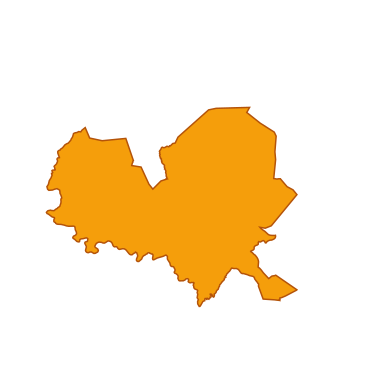 outline of San Juan Tepeuxila, Oaxaca, Mexico, rotated 27°
{"feature_id": "50627088B92335277656173", "entity_name": "San Juan Tepeuxila", "entity_type": "district", "adm_level": 2, "iso_a3": "MEX", "parent_name": "Mexico", "parent_adm1": "Oaxaca", "projection": "orthographic", "projection_center": [-96.763, 17.75], "detail": "fine", "context": "isolated", "style": "filled", "palette": "amber", "viewbox_px": 384, "rotation_deg": 27, "n_neighbors": 0, "source": "geoboundaries", "source_scale": "gbopen_adm2", "svg_char_len": 6054}
<svg xmlns="http://www.w3.org/2000/svg" viewBox="0 0 384 384"><g transform="rotate(27 192 192)"><path d="M82.1,280.7L82.5,281.1L83.2,281.3L84.1,281.2L84.8,281.8L86.3,281.9L87.9,281.3L90.3,280.2L90.6,280.2L93.3,279.5L95.5,279.2L97.7,278.5L102.1,276.1L103.2,276.1L104.1,277.0L104.9,278.3L105.8,279.2L106.9,279.9L108.1,281.6L108.1,282.5L107.6,283.7L106.5,285.1L106.4,286.5L106.8,287.1L107.5,287.3L109.2,287.5L111.8,288.3L113.3,288.1L114.2,287.5L114.2,286.6L113.7,285.7L113.9,284.9L114.6,284.0L116.1,283.1L118.5,280.9L119.1,280.7L120.5,281.0L121.2,283.5L119.6,285.0L119.5,285.7L119.9,286.5L122.5,288.4L122.9,289.3L123.6,292.3L124.2,293.0L125.2,293.5L126.2,293.5L127.4,293.0L128.2,291.9L129.6,291.1L132.4,291.3L133.6,290.6L135.2,288.3L135.2,286.8L134.1,285.7L132.6,285.4L131.2,285.3L130.3,284.8L130.0,284.3L130.0,283.2L130.1,281.2L131.3,279.4L132.0,278.8L134.4,277.9L135.6,277.9L137.0,277.4L137.8,276.5L139.2,274.0L140.1,273.4L142.2,273.1L144.0,273.8L146.0,275.6L146.9,276.0L147.7,276.1L149.5,275.0L150.5,275.2L151.5,275.9L152.9,276.2L153.5,276.0L156.0,274.0L157.5,273.4L158.0,273.4L159.6,273.6L163.8,275.5L164.8,275.8L165.6,275.8L166.3,275.6L167.2,275.0L167.8,273.4L168.9,271.9L168.8,271.5L168.9,271.2L170.4,271.3L172.3,273.1L172.7,273.8L173.0,277.0L173.6,278.2L174.5,278.6L175.4,278.5L176.2,278.0L177.6,274.6L177.4,272.6L177.8,270.7L178.5,270.0L179.6,267.9L180.1,267.5L180.1,266.8L180.5,266.1L181.4,265.6L181.8,265.5L182.0,265.7L184.2,265.6L184.7,265.3L185.0,265.3L185.6,265.6L186.3,266.7L186.9,268.9L187.8,270.0L188.7,269.8L191.1,266.5L195.4,262.5L197.3,260.1L197.8,260.0L199.3,260.5L200.4,262.7L200.9,263.2L204.5,265.3L206.0,267.1L206.7,267.5L207.7,267.6L209.3,267.0L210.3,267.4L211.1,268.2L211.6,268.4L212.2,269.0L212.6,270.1L212.5,271.4L212.9,271.9L213.6,272.2L214.9,272.0L216.5,272.4L217.5,272.9L218.1,273.7L218.6,275.3L220.1,276.6L220.5,276.8L221.3,276.8L224.6,275.0L225.9,273.2L225.9,272.5L226.5,271.8L227.5,271.2L228.4,271.3L228.9,271.9L229.3,273.6L229.8,273.8L231.0,273.9L231.9,273.6L232.8,272.7L233.7,272.5L234.3,272.0L234.9,272.0L235.1,272.3L235.4,274.5L236.3,275.1L236.7,275.9L237.8,276.9L238.5,277.1L241.1,276.9L241.8,277.2L242.3,279.4L243.5,280.4L244.6,283.9L246.5,285.0L246.7,287.0L247.3,288.1L247.9,289.1L250.4,290.7L251.0,290.3L251.2,289.2L251.4,284.7L252.1,283.6L252.7,283.1L252.1,281.7L252.0,281.0L252.5,280.7L252.9,280.7L253.7,281.0L254.0,281.0L254.1,280.6L253.8,279.8L254.1,279.7L255.2,279.9L255.7,279.9L255.7,279.3L256.0,278.9L256.1,278.1L255.9,277.7L256.3,277.6L256.5,277.2L256.6,276.7L256.3,276.1L255.9,275.7L255.1,275.4L254.6,274.8L255.1,274.3L255.9,274.3L257.2,274.9L258.1,275.8L259.0,275.8L259.1,275.5L259.1,274.5L258.7,273.6L258.1,272.9L258.5,272.3L259.0,270.7L258.7,269.1L259.1,267.5L259.5,266.8L259.1,264.6L259.3,263.6L258.8,262.0L259.2,261.1L259.5,259.2L259.4,258.8L259.7,258.4L260.3,256.1L260.6,255.5L260.0,254.2L260.8,252.6L259.9,252.2L260.4,250.8L260.2,249.5L260.3,248.8L260.7,247.9L260.8,246.9L261.4,245.7L261.8,242.1L262.0,241.7L264.1,241.2L266.3,240.0L267.0,240.0L267.9,239.9L269.1,240.2L272.2,241.8L273.1,241.9L273.7,241.9L274.9,241.3L279.1,240.5L281.1,240.4L284.6,239.5L286.3,239.8L287.2,240.9L290.1,242.4L291.2,242.8L292.0,243.4L292.9,243.6L293.2,244.0L294.0,245.8L304.0,255.1L314.5,250.6L318.6,249.1L318.4,248.8L318.5,248.6L319.5,248.7L319.3,248.1L318.9,248.1L318.7,247.8L318.9,247.4L318.4,246.6L319.9,245.3L322.5,242.2L329.8,231.9L329.9,231.5L304.4,228.1L303.5,229.1L301.4,230.6L300.9,231.6L300.2,233.3L299.6,234.3L292.2,231.6L289.2,230.1L287.1,229.3L285.0,228.9L283.0,224.0L282.1,222.8L280.8,221.6L279.4,220.7L277.0,219.6L275.4,219.4L273.5,218.7L271.3,218.4L271.2,218.2L271.7,217.3L272.7,216.2L273.1,215.3L273.2,214.6L272.4,212.9L272.5,212.0L272.9,211.0L274.3,209.5L274.7,208.7L274.6,208.1L273.9,206.8L274.1,205.8L274.8,205.8L275.8,205.3L277.1,203.3L277.7,202.9L278.3,202.9L279.4,203.3L280.4,204.0L280.9,203.9L281.2,203.5L281.2,202.6L282.2,200.7L283.4,199.5L284.9,198.6L286.4,196.7L286.9,195.4L286.9,194.7L286.6,193.5L286.0,192.7L285.2,193.3L282.9,194.4L280.8,195.2L279.1,195.2L274.9,194.0L270.4,193.4L268.5,192.6L273.7,191.0L278.0,186.1L286.7,146.7L281.0,144.2L274.3,144.1L264.7,140.1L262.7,141.2L261.9,141.9L259.2,142.7L258.7,142.9L251.8,125.2L247.6,118.5L241.6,104.0L238.1,101.3L221.5,99.7L204.7,96.3L204.9,90.5L175.5,106.5L169.5,111.3L154.6,149.5L154.8,156.0L152.8,157.6L151.8,160.7L151.1,160.9L150.9,162.1L150.6,162.3L148.9,162.6L147.6,164.7L146.6,165.4L145.1,165.6L145.0,165.8L144.7,166.6L144.8,167.3L144.8,169.0L144.5,169.5L144.5,170.3L144.8,170.7L144.7,170.8L145.7,171.9L145.7,172.7L146.6,173.1L146.6,174.2L147.7,175.2L148.1,175.4L148.1,175.8L148.5,176.2L149.0,176.2L149.6,176.4L149.6,176.8L149.9,176.9L150.3,177.6L151.2,178.2L151.1,178.8L152.5,179.9L154.9,180.5L155.7,181.2L155.9,182.3L156.9,183.0L157.1,183.9L157.5,183.8L159.3,185.3L159.7,186.7L160.6,187.5L161.1,188.2L161.6,189.2L162.1,189.9L162.7,190.1L163.2,190.7L163.0,191.5L164.0,191.6L159.3,196.3L155.8,207.2L150.1,204.6L135.3,192.9L126.3,195.8L125.7,193.4L125.8,192.4L125.3,191.5L125.6,190.7L108.7,174.3L88.7,187.1L76.3,190.4L67.6,183.1L65.8,187.1L65.6,188.9L63.6,189.6L62.5,191.2L61.0,192.3L59.9,193.7L60.3,195.5L60.6,197.7L60.3,199.3L60.5,200.7L59.6,204.6L58.6,205.7L57.4,207.6L56.6,211.4L55.4,213.6L55.5,214.4L54.6,215.3L54.1,216.3L54.1,217.1L54.9,218.4L57.2,220.6L58.1,221.2L58.3,221.6L57.2,222.3L56.9,222.7L56.7,223.4L56.8,224.0L57.1,224.4L57.8,224.9L58.2,225.6L58.4,226.4L58.4,227.5L58.5,227.7L58.5,228.5L58.0,230.1L57.6,231.1L57.5,231.8L58.8,232.9L59.2,233.6L59.9,234.1L59.9,234.6L57.9,235.8L57.6,236.2L57.5,236.6L59.1,238.0L59.0,238.6L58.4,239.2L58.8,239.8L59.7,240.4L59.8,242.2L60.0,243.0L59.7,246.7L60.6,250.5L60.3,253.1L62.1,255.1L63.7,255.5L66.8,253.6L68.3,251.9L70.2,250.3L73.2,250.4L74.3,251.9L74.9,253.0L77.2,254.8L78.6,256.4L78.7,257.0L78.4,257.6L78.7,258.5L79.6,259.9L80.2,261.4L80.7,264.9L79.6,266.8L79.4,267.8L78.5,269.0L77.5,271.3L75.1,272.3L74.2,272.4L72.8,273.5L72.0,274.3L71.5,276.2L72.6,277.0L74.0,276.9L78.6,277.7L81.0,277.3L81.4,277.7L81.5,279.2L82.1,280.7Z" fill="#f59e0b" stroke="#b45309" stroke-width="1.5"/></g></svg>